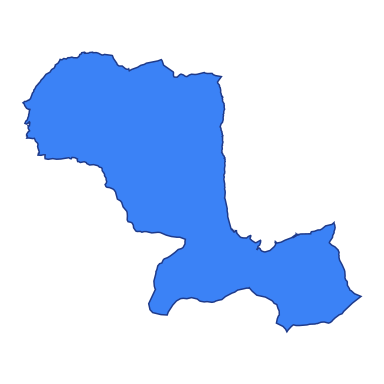 the district of Moisei, Maramures, Romania
{"feature_id": "2599482B59377530755916", "entity_name": "Moisei", "entity_type": "district", "adm_level": 2, "iso_a3": "ROU", "parent_name": "Romania", "parent_adm1": "Maramures", "projection": "mercator", "projection_center": [24.564, 47.623], "detail": "fine", "context": "isolated", "style": "filled", "palette": "blue", "viewbox_px": 384, "rotation_deg": 0, "n_neighbors": 0, "source": "geoboundaries", "source_scale": "gbopen_adm2", "svg_char_len": 5898}
<svg xmlns="http://www.w3.org/2000/svg" viewBox="0 0 384 384"><path d="M286.9,331.8L288.0,330.1L291.4,326.4L293.4,324.8L296.0,325.5L299.6,325.5L307.0,324.9L309.8,324.2L315.0,324.0L316.3,323.6L317.3,323.6L321.1,322.2L324.2,322.0L328.5,323.1L330.0,322.6L331.8,321.4L332.3,320.6L335.1,317.9L339.2,314.8L342.1,313.7L343.8,311.3L352.4,303.1L361.0,296.4L354.5,293.7L351.2,290.7L349.8,290.0L349.5,288.8L347.4,285.3L347.3,281.9L346.9,281.1L345.7,279.9L344.9,277.7L345.1,276.0L344.8,271.5L344.4,270.0L342.2,265.0L339.6,260.2L338.9,257.0L339.1,255.8L338.7,254.4L339.1,252.3L338.2,250.6L338.3,250.2L335.0,246.9L331.7,245.1L329.3,242.8L329.6,241.8L332.5,237.5L332.7,235.5L334.1,232.8L334.0,231.6L334.8,229.3L335.1,227.6L334.7,225.0L334.0,223.3L334.0,222.6L332.0,224.4L325.6,225.9L322.0,228.9L320.2,229.9L317.8,230.0L314.4,231.3L311.4,231.7L310.7,233.1L310.7,233.8L300.4,234.0L298.6,234.6L297.7,234.3L297.4,234.5L298.1,235.0L297.3,235.2L296.2,233.9L296.1,235.5L295.8,236.2L295.4,236.3L295.2,235.4L294.7,236.0L294.5,236.8L293.2,237.6L292.7,237.5L293.1,236.6L291.6,237.7L285.0,240.2L281.1,242.2L277.0,243.0L275.3,241.5L275.1,242.7L275.8,243.7L275.1,245.5L274.1,246.8L270.0,250.5L265.3,251.9L264.2,251.9L261.9,251.1L260.8,250.2L260.1,248.7L259.2,248.0L258.1,248.3L257.3,249.5L256.9,249.3L257.9,247.7L257.9,246.4L259.6,245.1L260.5,242.5L260.7,240.7L260.4,240.3L256.3,242.6L255.2,242.7L251.8,240.5L250.1,238.8L250.1,238.0L250.7,236.7L250.8,235.7L250.5,235.5L248.3,236.5L246.6,238.0L243.1,237.9L240.9,237.4L240.1,236.9L236.7,233.1L236.8,232.3L236.3,231.3L236.4,230.7L236.0,230.7L235.7,231.4L235.1,230.8L234.9,231.5L234.1,232.1L233.3,231.4L233.2,230.5L232.1,229.9L232.6,229.7L232.4,229.4L231.0,228.6L227.7,216.6L227.7,213.9L227.1,210.8L227.2,208.6L225.1,199.0L224.5,198.0L224.8,197.5L225.2,192.7L225.1,190.9L224.5,188.9L224.9,187.3L224.6,186.4L224.7,184.0L223.8,179.0L224.3,176.9L223.8,175.8L224.0,174.3L224.6,173.6L224.8,171.7L224.5,170.2L224.5,168.2L225.0,165.5L224.7,162.8L225.2,161.4L224.9,160.8L225.1,159.0L224.3,158.4L224.8,157.6L224.4,157.2L224.1,156.1L223.0,154.9L222.5,153.3L221.7,152.7L222.0,151.9L221.8,150.4L222.3,149.0L222.0,146.0L222.5,145.3L222.3,144.4L223.0,142.0L222.5,140.9L222.6,137.5L222.2,136.5L222.8,136.1L222.9,135.5L222.2,134.6L222.2,133.1L221.8,132.5L221.9,131.6L221.0,130.1L221.1,129.1L220.5,127.2L220.1,126.9L221.1,123.9L222.5,122.3L222.6,121.4L222.9,120.9L223.2,119.3L223.1,117.4L223.5,115.6L223.2,114.5L223.8,113.4L223.7,111.8L224.2,109.9L224.6,109.3L224.1,107.1L224.3,105.7L224.0,105.0L224.1,103.8L222.5,101.1L222.6,99.4L222.2,98.0L222.8,97.3L222.3,96.3L221.7,96.3L221.0,93.2L220.6,92.7L220.7,90.3L220.2,87.6L219.5,86.7L219.5,85.6L219.2,84.8L217.9,83.4L217.5,82.0L221.4,76.6L215.5,75.6L213.2,74.6L212.1,73.4L207.3,73.5L205.1,73.1L204.3,72.5L197.1,74.3L195.1,74.5L191.5,74.2L189.3,75.0L186.9,76.6L185.3,76.3L183.3,74.9L181.0,74.1L179.8,74.7L177.1,77.2L174.6,77.1L173.8,76.7L173.4,75.1L173.5,72.5L173.2,71.9L163.6,65.2L162.1,60.7L161.3,59.6L157.9,60.9L146.3,63.2L144.3,64.4L140.8,65.3L137.6,67.3L131.8,69.4L129.3,70.8L128.7,68.9L128.3,69.3L126.6,69.2L125.2,68.5L122.2,66.0L119.1,66.0L117.3,64.7L116.8,63.3L113.5,58.5L112.4,55.6L111.9,55.4L104.4,54.4L103.4,54.9L101.9,55.0L98.4,53.2L96.3,52.6L93.3,52.7L92.7,52.6L92.6,52.2L89.6,52.5L88.5,53.2L84.8,53.3L84.6,53.1L85.0,52.5L84.6,52.2L81.7,52.7L81.1,54.0L79.8,54.5L79.3,55.9L78.8,56.6L77.2,57.8L73.5,57.7L71.9,57.1L69.5,57.7L67.9,57.7L66.3,59.0L63.8,58.5L61.9,59.8L60.1,59.4L59.6,60.7L58.1,63.1L55.2,65.1L55.3,66.1L54.9,66.5L54.4,67.8L51.6,69.6L49.9,72.2L46.0,74.3L43.4,77.8L41.0,80.2L40.5,81.3L39.1,83.1L38.5,83.4L38.3,84.0L36.1,86.3L34.8,89.0L33.9,89.9L33.7,91.6L32.3,93.3L32.2,94.0L30.4,98.8L29.0,99.8L28.8,100.3L28.0,100.3L26.0,101.5L24.8,101.4L23.0,102.8L24.1,103.8L24.8,105.7L26.6,108.3L28.3,109.2L29.9,109.4L29.8,110.0L29.4,110.5L29.1,113.5L28.7,114.2L28.6,116.1L27.8,117.9L27.4,119.7L25.8,121.2L24.9,123.4L26.8,124.1L29.3,121.7L29.8,122.3L29.3,123.6L29.7,123.7L29.4,125.8L28.0,125.8L28.4,126.9L28.1,127.9L28.3,128.6L29.6,130.8L28.3,131.7L26.6,134.3L26.6,135.9L27.3,135.9L27.4,136.9L26.8,138.1L29.0,138.0L32.8,138.6L34.3,138.3L35.0,139.6L35.4,141.0L37.7,143.3L38.0,144.8L37.6,146.4L38.2,148.9L38.6,149.6L38.6,150.1L39.1,151.3L39.3,152.4L39.1,153.1L38.5,153.1L38.0,155.1L41.0,155.3L43.7,154.7L45.2,154.9L44.9,156.8L45.1,158.7L48.1,159.3L52.8,158.6L56.5,159.2L60.8,159.0L68.9,157.7L70.2,158.6L71.2,158.8L72.0,157.4L74.9,157.7L77.5,159.0L77.2,159.9L77.7,161.6L78.8,161.6L80.3,162.5L84.2,161.7L86.4,162.6L86.7,163.5L89.6,165.0L93.6,164.6L97.9,165.7L99.4,167.1L101.5,167.7L102.1,168.6L102.2,170.7L104.3,173.7L104.6,174.8L104.5,175.7L106.1,178.2L106.1,179.7L106.7,181.6L106.2,183.3L105.1,184.5L105.9,186.5L107.0,187.3L109.6,187.6L112.7,188.9L113.9,189.7L115.5,191.9L117.4,199.1L120.5,200.9L121.7,202.5L123.1,206.9L126.8,211.3L127.2,212.8L127.4,215.9L127.2,219.9L128.1,221.7L130.9,222.3L132.2,223.1L133.3,225.2L133.6,227.8L135.8,231.0L137.1,231.5L140.3,231.4L141.9,232.2L144.0,231.6L146.4,231.6L151.8,232.9L158.0,232.3L160.2,232.5L166.2,235.1L171.3,236.5L176.9,237.2L179.8,237.2L185.4,239.3L185.0,241.1L185.0,243.9L183.1,247.5L181.4,248.6L178.2,249.5L175.0,252.4L170.5,255.8L167.6,257.6L164.2,258.9L163.2,260.0L161.8,263.0L159.6,263.7L157.8,265.8L156.9,269.5L155.9,271.8L156.0,272.6L155.6,274.6L153.9,281.1L154.3,286.2L155.0,288.5L155.5,289.2L148.7,303.7L150.0,309.7L152.7,312.6L160.9,314.6L167.2,315.0L168.2,312.1L172.8,305.0L176.5,300.9L180.6,298.6L183.3,298.3L186.9,298.7L191.5,297.6L197.3,299.0L199.6,300.9L200.7,301.3L204.2,301.9L207.1,301.6L211.9,302.3L214.2,301.9L215.9,301.0L218.6,300.2L221.8,299.6L225.5,296.5L232.0,293.1L234.8,292.1L237.6,290.1L246.8,288.1L248.8,288.2L249.2,287.7L252.2,291.2L256.8,295.2L265.5,297.1L271.9,300.6L272.8,301.4L274.1,303.3L276.8,304.5L278.0,308.4L279.2,311.0L279.3,315.0L278.4,316.0L277.3,318.8L276.4,323.1L283.0,326.4L285.6,329.2L286.9,331.8Z" fill="#3b82f6" stroke="#1e3a8a" stroke-width="1.5"/></svg>